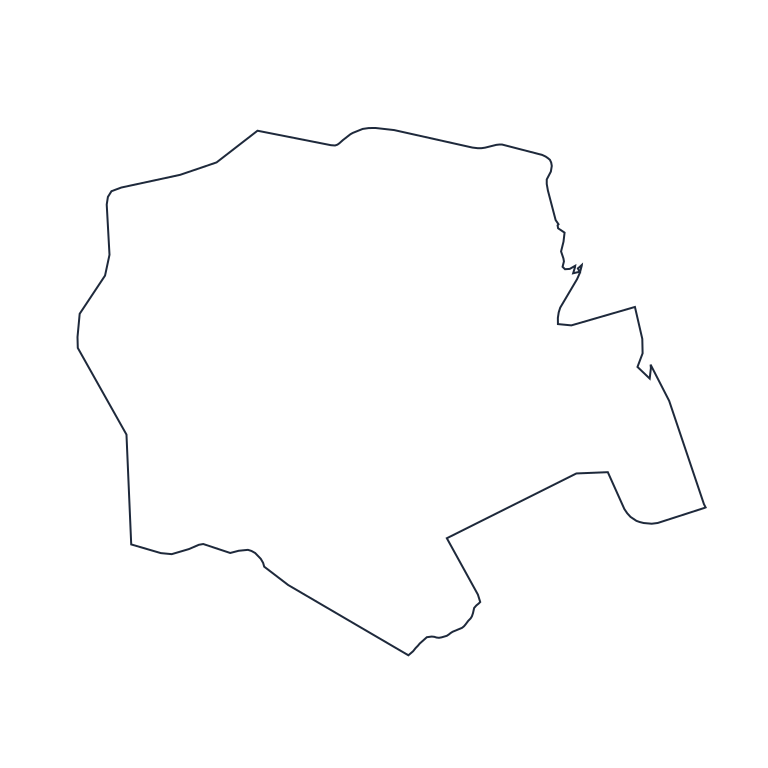 an SVG outline of Sud-Bandama, rotated 260°
{"feature_id": "CIV-3447", "entity_name": "Sud-Bandama", "entity_type": "Department", "adm_level": 1, "iso_a3": "CIV", "parent_name": "Ivory Coast", "parent_adm1": "", "projection": "mercator", "projection_center": [-5.503, 5.631], "detail": "fine", "context": "isolated", "style": "outline", "palette": "slate", "viewbox_px": 768, "rotation_deg": 260, "n_neighbors": 0, "source": "natural_earth", "source_scale": "10m", "svg_char_len": 1771}
<svg xmlns="http://www.w3.org/2000/svg" viewBox="0 0 768 768"><g transform="rotate(260 384 384)"><path d="M416.3,644.5L383.5,646.2L369.3,644.0L356.8,636.6L343.2,646.6L353.3,649.6L356.8,649.9L317.9,661.9L210.2,678.2L206.6,679.3L206.3,677.8L199.6,629.4L199.9,623.4L202.0,615.6L203.7,611.8L205.4,608.8L210.3,603.7L214.4,601.1L219.1,599.0L258.3,589.1L262.5,557.9L221.2,419.1L160.3,439.9L152.6,440.9L151.4,439.2L149.9,436.5L147.8,433.9L142.8,431.8L139.9,430.2L138.1,428.6L136.1,425.8L133.0,422.5L131.5,420.7L130.3,418.5L128.1,408.6L127.2,406.4L126.1,404.4L125.1,402.1L124.5,396.7L124.5,394.1L125.2,391.7L126.3,389.6L127.0,387.1L127.2,382.2L122.2,374.1L120.4,372.0L118.4,369.2L115.8,366.3L112.6,360.9L202.6,254.8L224.9,234.3L228.8,233.9L233.2,232.3L239.9,227.8L242.6,224.5L244.3,221.2L245.0,212.0L244.3,203.2L257.8,178.2L257.8,173.7L255.3,163.2L253.3,145.4L256.2,134.9L269.9,107.2L378.9,121.6L472.7,88.7L483.4,90.3L506.0,96.5L539.2,128.1L558.9,136.1L608.9,142.1L616.2,144.6L621.2,149.1L623.1,159.4L625.4,219.6L631.3,257.6L655.4,303.4L628.4,373.2L627.4,377.2L627.8,379.7L628.8,381.8L631.3,385.8L635.8,394.3L636.7,396.9L638.9,407.3L638.7,413.4L637.6,420.1L632.3,438.1L601.5,512.1L599.9,517.4L599.3,521.1L599.2,524.6L600.0,536.1L599.8,539.1L599.3,541.9L582.1,579.6L579.9,582.7L577.9,584.7L576.0,586.3L573.1,587.1L569.6,587.1L564.2,585.2L557.2,579.8L552.7,579.0L546.1,579.0L515.6,581.5L511.0,583.6L510.1,582.5L507.1,582.5L501.7,588.1L493.0,585.5L483.8,581.4L476.5,582.5L473.5,582.5L468.4,580.2L465.6,582.2L465.1,586.9L467.2,592.8L465.7,592.3L460.2,589.5L460.5,594.7L460.2,596.2L464.2,595.0L465.0,596.5L466.9,599.5L466.2,599.3L459.3,596.1L453.8,592.4L428.6,570.8L424.2,568.5L418.9,566.7L412.8,565.7L409.2,578.7L416.3,644.5Z" fill="none" stroke="#1e293b" stroke-width="2"/></g></svg>